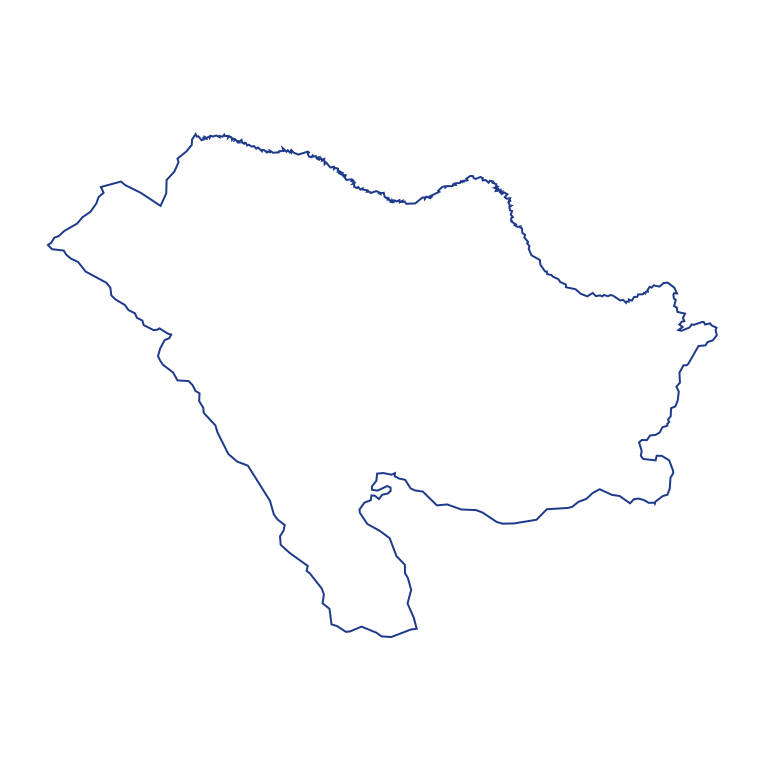 Requena, Loreto, Peru (Natural Earth projection), rotated 269°
{"feature_id": "86281439B4409689759703", "entity_name": "Requena", "entity_type": "district", "adm_level": 2, "iso_a3": "PER", "parent_name": "Peru", "parent_adm1": "Loreto", "projection": "natural_earth1", "projection_center": [-73.578, -5.99], "detail": "fine", "context": "isolated", "style": "outline", "palette": "blue", "viewbox_px": 768, "rotation_deg": 269, "n_neighbors": 0, "source": "geoboundaries", "source_scale": "gbopen_adm2", "svg_char_len": 6151}
<svg xmlns="http://www.w3.org/2000/svg" viewBox="0 0 768 768"><g transform="rotate(269 384 384)"><path d="M130.9,386.9L138.1,406.7L138.7,412.4L149.8,409.7L164.1,403.7L177.7,407.6L189.5,404.5L194.5,401.7L202.9,401.7L211.6,393.5L229.7,387.0L237.2,377.2L244.4,364.8L255.7,357.6L258.9,357.3L265.7,362.3L268.0,368.7L272.8,369.5L272.5,372.7L269.1,377.0L273.3,380.3L274.5,386.0L277.0,388.8L280.4,388.7L281.9,385.4L277.5,375.6L278.5,370.2L281.8,370.1L287.4,374.7L294.5,375.5L295.0,381.6L293.2,390.0L294.7,393.4L291.7,393.0L289.3,397.1L287.8,403.5L279.1,408.8L277.0,413.3L275.8,420.9L261.7,434.8L262.5,445.0L257.2,459.1L256.3,473.8L253.8,480.2L244.1,494.3L242.3,500.1L242.3,511.5L245.6,534.1L255.9,544.6L256.9,566.0L258.0,570.2L262.7,576.2L265.7,584.5L271.3,590.6L275.0,597.8L269.2,609.9L267.9,617.6L260.4,627.9L264.5,631.9L265.0,636.3L263.4,642.0L260.6,646.5L260.6,652.1L259.6,652.7L261.7,653.4L267.1,660.8L268.4,665.5L274.6,667.9L285.3,668.8L289.7,671.6L292.0,671.6L302.7,667.8L307.3,660.5L307.5,655.4L302.9,654.2L304.5,641.9L307.7,639.5L312.5,640.5L321.2,638.0L323.5,640.8L323.3,645.8L327.9,649.2L328.4,654.6L330.6,658.7L335.8,661.6L337.4,666.6L339.2,666.5L341.0,668.5L343.4,667.3L346.7,670.1L354.8,670.6L356.4,674.8L362.4,677.4L371.2,678.6L376.2,676.3L380.2,679.9L390.1,679.6L397.4,683.7L397.5,687.0L399.0,688.7L416.5,699.1L417.0,706.1L420.3,708.3L421.8,713.4L426.9,717.6L432.3,716.5L434.5,717.4L436.9,712.5L438.9,711.2L437.9,706.0L440.4,704.8L440.5,703.4L437.7,694.6L438.3,692.8L435.1,690.3L432.0,682.2L432.8,679.3L435.8,683.6L438.3,680.3L441.1,682.8L441.6,685.4L444.7,684.0L449.1,686.2L451.0,678.6L455.4,678.1L456.8,675.4L463.0,677.2L464.4,675.3L468.1,674.9L469.7,675.6L469.4,678.5L475.3,675.9L480.4,669.4L480.1,665.4L476.6,661.2L477.9,655.3L475.7,653.3L476.5,651.3L473.2,649.1L471.7,649.5L471.7,647.6L469.9,646.7L470.6,645.6L469.2,644.4L469.1,639.7L466.6,638.6L466.7,635.6L463.0,633.3L464.2,630.3L462.0,630.2L462.1,627.8L461.0,627.4L463.9,624.5L463.4,621.6L468.4,614.5L469.0,611.9L467.9,609.4L469.2,605.3L467.8,603.7L468.8,601.5L468.2,597.3L471.4,594.3L468.1,588.8L470.7,582.4L475.4,577.2L477.6,567.6L480.3,567.5L482.9,562.0L485.8,560.1L488.5,554.5L489.9,553.6L491.1,549.0L493.7,548.7L493.7,547.0L500.6,542.4L505.3,542.0L510.1,533.7L516.5,531.1L519.6,531.8L522.0,529.6L523.5,530.6L528.0,526.9L530.8,527.6L532.7,524.9L537.1,524.7L538.0,523.1L539.3,523.3L538.7,520.4L540.5,517.4L541.3,518.6L544.3,514.2L545.6,515.2L545.1,514.3L546.0,513.8L547.9,514.3L548.6,515.8L551.1,513.7L554.7,515.1L555.5,513.0L558.7,512.4L560.0,514.3L560.1,513.0L563.3,511.6L565.4,514.1L564.9,512.2L567.6,513.3L567.1,509.9L568.7,508.0L571.5,510.7L573.4,507.6L572.2,505.6L574.0,505.8L572.8,504.2L573.9,503.2L574.3,504.7L576.1,504.0L575.1,502.9L577.2,501.5L575.1,500.4L575.0,499.0L577.7,500.1L578.3,497.9L579.5,500.8L580.1,499.6L581.8,499.8L583.6,495.2L583.6,497.2L584.8,496.3L585.4,493.4L583.4,492.1L586.2,489.1L585.8,486.2L587.9,485.9L587.7,487.1L589.3,484.0L587.4,479.3L588.4,477.2L590.3,476.6L590.5,473.9L587.9,470.0L586.2,471.0L585.8,467.1L584.7,468.2L585.3,466.5L584.4,465.7L585.4,464.4L583.7,463.5L583.3,458.4L581.9,459.1L582.6,455.8L581.6,457.2L580.6,455.7L580.8,450.5L579.5,448.8L580.6,448.8L580.1,445.8L576.3,441.6L575.2,442.7L571.1,433.5L570.3,434.9L569.0,433.5L570.6,429.6L568.2,428.0L569.8,427.6L569.7,425.6L564.0,418.4L563.8,409.4L566.1,407.8L565.7,405.6L566.9,405.8L565.4,402.8L567.6,402.6L566.3,399.8L567.4,397.6L566.1,397.1L567.6,395.5L565.6,395.5L566.0,393.8L567.4,394.1L567.5,392.5L569.4,392.0L568.6,390.8L571.0,390.8L569.3,390.3L571.1,387.9L575.2,387.1L574.9,384.3L573.8,384.0L574.6,382.7L575.1,383.6L577.0,379.7L575.2,374.1L576.4,373.2L576.5,370.2L577.9,370.9L578.8,366.1L580.0,366.1L578.8,363.8L581.4,361.6L580.9,360.3L580.0,361.3L581.7,357.5L584.9,357.9L584.7,356.5L586.1,358.1L587.2,355.3L588.2,356.7L589.2,355.3L588.7,350.0L591.1,348.4L593.4,349.4L593.7,347.2L592.2,347.4L593.8,346.0L595.8,346.4L596.0,345.0L594.2,345.3L595.2,343.1L596.4,343.9L596.8,342.1L597.5,343.3L598.4,341.5L600.1,341.8L600.9,339.1L599.8,337.6L602.1,337.6L601.4,334.1L606.5,330.0L604.9,328.5L609.1,328.2L608.6,326.5L609.9,327.4L609.4,325.6L610.9,324.7L609.3,323.1L610.3,321.4L611.8,322.6L611.3,320.4L613.0,319.8L612.7,317.6L613.8,316.6L612.0,315.7L612.7,312.9L615.6,311.8L616.8,313.0L617.7,311.9L614.9,302.4L616.8,297.7L619.0,295.9L617.4,295.3L618.8,294.8L617.3,293.8L619.3,291.8L618.0,290.6L621.5,286.9L618.8,287.7L618.5,283.1L617.4,282.8L617.2,277.0L619.5,273.7L617.8,273.9L618.5,270.9L617.7,270.7L620.1,268.0L620.2,266.6L618.8,266.1L622.7,262.2L621.5,260.4L624.2,258.1L623.6,256.0L625.6,253.0L624.9,251.2L627.3,250.2L627.7,248.8L626.7,248.2L628.0,246.3L630.5,245.8L629.2,243.9L629.4,241.8L628.0,243.5L627.9,242.1L630.9,239.9L630.2,238.7L631.4,238.9L632.0,237.1L630.8,236.3L633.4,235.7L634.2,233.5L633.1,232.5L634.7,232.8L634.7,229.3L636.1,228.6L634.1,226.9L634.7,224.0L635.7,223.5L633.7,223.8L635.4,220.6L634.4,217.2L635.2,214.9L633.2,214.0L634.4,213.4L633.0,210.7L634.5,208.7L633.2,208.2L633.6,209.6L632.4,210.4L633.0,207.7L631.6,207.9L631.0,205.8L634.9,202.8L634.6,201.2L637.1,200.0L631.9,196.4L626.3,195.9L620.1,190.6L612.9,181.4L609.5,182.5L600.0,178.1L591.8,170.2L578.4,169.6L566.0,163.7L579.4,144.1L587.4,128.7L591.0,124.6L585.9,104.3L580.2,107.0L575.8,101.9L569.6,99.6L561.2,93.4L556.1,85.5L549.9,80.2L542.6,67.0L537.6,61.4L536.0,56.9L531.1,53.8L528.9,50.4L524.6,54.4L523.0,66.1L518.7,68.7L514.8,73.2L511.4,80.2L501.6,87.7L490.0,108.3L485.1,112.1L477.4,112.9L473.3,116.9L467.5,126.3L462.4,129.8L459.0,136.2L454.5,138.1L451.7,143.5L447.1,144.7L441.9,154.6L442.2,158.4L443.6,160.4L438.2,168.6L437.1,172.1L433.6,170.1L431.7,165.5L423.6,160.9L415.9,158.5L411.1,160.7L407.0,163.4L399.2,173.3L391.2,177.6L390.3,188.8L386.0,192.7L380.3,195.4L377.9,199.4L370.1,198.9L363.3,202.9L358.3,203.2L345.6,214.7L338.4,216.7L316.8,227.1L309.0,235.8L304.7,246.5L269.1,268.0L255.5,271.6L250.5,275.1L244.7,282.3L239.1,281.0L233.6,277.4L225.0,277.9L216.6,286.9L203.4,304.6L198.5,303.3L196.0,306.5L180.4,318.3L174.7,320.2L165.8,318.8L160.1,325.6L144.6,327.3L142.8,332.8L136.8,341.7L137.3,346.0L141.8,357.3L135.4,372.2L131.7,377.0L130.9,386.9Z" fill="none" stroke="#1e3a8a" stroke-width="2"/></g></svg>